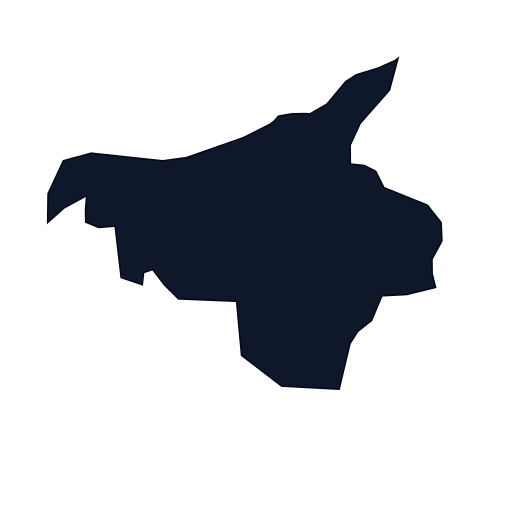 SVG path tracing the border of Rezina, rotated 254°
{"feature_id": "MDA-1644", "entity_name": "Rezina", "entity_type": "District", "adm_level": 1, "iso_a3": "MDA", "parent_name": "Moldova", "parent_adm1": "", "projection": "mercator", "projection_center": [28.881, 47.706], "detail": "fine", "context": "isolated", "style": "filled", "palette": "ink", "viewbox_px": 512, "rotation_deg": 254, "n_neighbors": 0, "source": "natural_earth", "source_scale": "10m", "svg_char_len": 837}
<svg xmlns="http://www.w3.org/2000/svg" viewBox="0 0 512 512"><g transform="rotate(254 256 256)"><path d="M176.3,420.0L177.4,390.2L183.0,366.1L162.2,349.4L155.4,332.9L145.8,322.2L105.0,299.2L123.8,244.8L164.4,214.7L217.8,224.8L236.1,169.7L253.4,160.0L271.5,152.9L271.0,143.4L259.7,138.8L272.4,120.4L323.5,128.8L326.8,112.6L335.5,101.6L348.3,105.1L360.7,109.9L355.1,84.8L345.6,65.1L345.5,64.9L373.3,73.3L373.5,73.5L400.7,97.1L400.3,126.0L373.3,192.3L369.8,216.2L373.3,276.8L378.8,305.5L380.5,310.3L384.3,316.2L382.9,329.1L379.6,341.8L377.8,347.1L382.5,366.0L399.0,390.4L402.6,402.3L403.0,424.7L405.5,443.2L407.0,447.1L378.7,430.1L354.8,392.8L336.6,377.1L318.4,372.1L313.3,384.9L304.4,394.5L286.5,397.8L257.6,434.8L237.1,443.2L219.2,438.9L204.4,424.3L190.6,420.5L176.3,420.0Z" fill="#0f172a" stroke="#020617" stroke-width="1.5"/></g></svg>